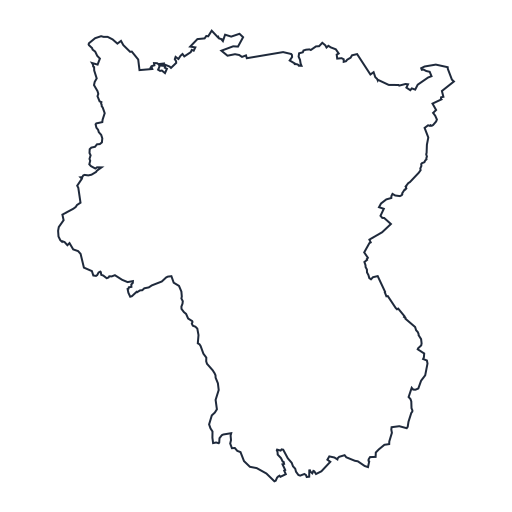 Athy Lea-5, Kildare, Ireland
{"feature_id": "5873133B78981384303410", "entity_name": "Athy Lea-5", "entity_type": "district", "adm_level": 2, "iso_a3": "IRL", "parent_name": "Ireland", "parent_adm1": "Kildare", "projection": "mercator", "projection_center": [-6.893, 52.99], "detail": "fine", "context": "isolated", "style": "outline", "palette": "slate", "viewbox_px": 512, "rotation_deg": 0, "n_neighbors": 0, "source": "geoboundaries", "source_scale": "gbopen_adm2", "svg_char_len": 5889}
<svg xmlns="http://www.w3.org/2000/svg" viewBox="0 0 512 512"><path d="M213.1,443.1L216.1,442.5L218.7,443.2L219.2,442.6L219.5,438.2L221.8,435.2L223.3,434.5L231.2,433.2L230.6,435.6L231.0,440.1L230.2,443.5L231.9,448.2L234.8,448.0L237.3,450.9L240.5,452.1L244.0,461.1L249.9,466.8L256.7,468.1L266.4,473.5L274.4,481.3L275.7,480.7L277.1,477.6L278.2,476.5L279.5,475.7L280.4,476.8L285.8,474.2L284.2,470.6L285.2,470.0L282.5,464.3L284.1,463.9L283.6,461.9L282.7,461.6L281.0,458.1L277.7,454.6L277.5,451.8L276.8,450.3L277.1,449.6L280.6,450.6L281.6,449.4L283.2,449.7L287.8,458.3L291.7,462.8L293.0,466.3L295.2,468.7L296.0,471.7L298.4,475.0L300.2,475.6L304.4,474.0L306.0,475.1L306.7,477.0L309.2,476.7L309.3,470.4L309.9,470.3L310.4,471.6L312.3,473.3L313.4,470.9L314.3,471.3L316.0,474.0L321.4,471.3L330.3,461.8L327.4,459.7L329.3,456.4L334.4,457.5L337.4,459.4L337.7,458.2L339.2,456.8L344.6,455.2L346.3,457.3L354.9,460.8L357.8,461.3L364.7,466.0L368.0,467.1L369.2,461.4L368.5,460.8L368.6,459.4L370.0,457.1L375.6,456.9L375.8,452.5L378.8,449.4L384.4,444.8L389.2,444.1L389.3,441.4L391.9,432.8L391.3,429.5L391.6,427.2L399.3,426.2L406.7,428.2L407.7,426.8L408.5,421.7L411.3,412.9L412.3,411.6L412.4,410.4L411.5,408.2L411.3,401.5L410.5,399.1L408.6,397.0L408.8,396.5L411.7,387.8L413.2,389.6L415.5,389.7L418.3,388.5L421.1,380.7L425.2,375.3L427.5,363.5L426.9,360.5L423.1,359.0L423.9,357.3L424.2,353.5L417.7,349.3L418.1,348.3L421.2,345.4L421.6,343.4L421.1,339.1L418.6,335.2L418.6,334.1L417.8,332.1L416.1,330.2L415.1,327.0L405.5,318.8L405.6,318.1L404.1,317.0L404.6,316.4L398.2,308.6L397.0,309.3L395.7,308.0L387.8,296.1L386.4,296.3L384.8,292.3L385.1,291.9L377.7,276.1L373.0,277.2L371.0,279.3L369.3,278.1L368.4,275.0L367.0,272.4L366.9,269.5L365.6,267.1L365.5,265.2L364.4,262.0L367.1,259.9L366.8,259.1L367.9,257.8L364.2,252.4L369.4,243.1L370.7,242.4L369.4,239.6L382.2,232.2L390.9,224.0L384.2,218.0L382.3,217.9L380.5,215.8L383.8,208.8L379.0,207.2L381.0,203.5L386.3,199.4L391.3,198.0L391.4,196.1L392.5,193.9L395.2,195.5L399.9,196.1L401.7,195.2L402.3,194.3L402.2,193.3L404.6,189.6L405.2,189.7L406.3,188.4L405.9,187.8L406.2,186.5L405.8,186.3L408.3,183.1L409.9,182.1L418.7,172.8L420.6,170.2L420.3,168.5L421.4,165.9L421.2,164.1L421.9,163.2L424.4,162.2L425.2,160.5L426.5,159.3L426.3,158.2L426.9,156.6L426.2,154.2L426.6,152.9L426.9,144.7L428.3,137.5L424.6,127.9L428.1,125.3L430.0,125.9L430.5,125.2L431.7,125.8L433.1,125.0L436.1,121.5L436.9,119.5L435.2,115.7L433.1,112.9L436.1,110.0L432.5,103.6L441.4,99.4L440.9,98.8L441.1,97.3L443.4,96.8L441.9,91.0L453.9,81.5L451.9,79.6L447.8,68.8L447.7,67.2L435.8,64.6L424.6,66.5L421.2,68.2L421.8,69.8L423.6,69.6L426.2,71.0L429.7,71.8L431.5,76.2L428.1,77.5L417.7,84.7L415.2,89.6L411.8,88.4L410.3,90.2L406.4,87.6L408.0,84.3L405.5,84.0L399.2,85.6L398.6,85.0L388.7,84.9L377.9,79.8L377.7,80.3L377.1,78.9L375.3,77.2L373.6,72.2L370.4,74.5L357.1,54.1L352.0,55.3L350.6,57.7L347.2,59.7L346.0,61.2L343.7,61.8L343.7,59.3L341.6,58.2L337.2,58.6L336.7,54.6L338.7,53.5L335.8,49.3L330.8,47.4L328.4,45.8L326.5,47.5L325.3,45.3L322.3,42.8L319.1,46.2L316.0,46.4L310.8,50.0L309.4,49.4L306.0,49.7L303.5,50.5L302.8,52.3L299.1,53.3L298.6,56.6L300.0,59.8L300.6,63.5L301.5,65.8L298.8,65.7L298.6,65.0L296.8,64.2L294.8,64.1L294.8,63.5L289.7,60.5L292.1,57.0L291.9,54.9L291.2,54.0L283.1,52.1L246.8,58.2L246.0,55.4L242.0,56.9L239.2,55.0L235.0,54.2L227.5,55.7L221.4,50.7L233.2,46.3L238.0,46.6L243.1,37.2L239.5,33.8L231.2,36.6L225.1,34.7L222.9,41.1L221.7,39.7L222.0,39.3L219.0,38.4L218.2,36.8L217.8,37.2L211.7,30.7L208.2,36.3L206.3,36.0L204.6,38.4L197.4,39.1L190.2,46.6L195.3,47.4L193.7,50.7L191.8,49.9L190.7,52.2L184.3,56.4L182.5,54.0L180.6,55.7L178.4,59.0L175.6,56.9L174.8,59.2L176.1,61.2L176.2,62.9L171.0,67.9L169.7,66.6L165.5,64.9L164.8,67.7L166.9,68.8L165.0,73.1L161.8,70.5L160.1,70.9L158.1,69.7L159.4,66.8L159.2,65.4L163.3,65.8L163.8,63.5L158.4,64.1L157.0,63.2L154.0,63.1L154.4,65.3L151.5,66.2L150.8,67.4L151.8,67.6L152.3,69.0L139.5,70.1L138.2,59.5L131.8,51.6L130.1,51.8L123.3,45.1L121.0,40.9L117.4,43.6L112.6,39.4L107.7,36.9L103.7,36.9L101.1,36.2L95.1,38.2L89.0,43.2L88.6,44.3L88.9,45.1L92.1,48.1L92.6,49.6L95.2,51.6L97.2,55.8L99.9,58.6L97.6,64.6L92.0,63.0L93.0,64.6L93.2,66.5L94.1,67.1L94.2,70.5L96.7,78.4L94.7,81.9L94.0,85.1L97.5,91.1L98.3,93.9L97.5,96.2L99.6,101.4L101.4,102.1L101.1,103.6L101.7,104.9L101.7,106.2L102.7,107.5L104.7,113.2L102.6,119.7L102.3,122.1L96.3,123.4L95.6,124.3L96.4,127.7L98.1,129.8L98.8,132.2L101.2,134.9L102.3,138.4L101.9,142.4L99.8,144.1L97.0,144.3L95.0,146.8L91.3,147.6L89.7,149.2L89.5,153.0L90.6,155.3L89.5,158.9L90.2,160.8L89.3,164.3L90.9,166.1L95.3,168.5L97.1,167.3L101.5,167.4L97.0,170.6L96.0,172.0L91.5,174.7L88.3,175.4L84.5,174.9L83.2,175.5L82.3,177.1L80.5,177.3L81.9,178.7L77.2,185.7L78.3,187.8L80.5,202.7L77.0,205.0L75.7,207.0L73.4,208.7L62.4,214.6L63.6,220.2L58.8,227.0L58.1,230.8L58.5,236.5L60.3,240.2L62.1,241.8L62.5,241.3L64.6,242.1L67.4,245.2L69.5,243.1L73.2,249.4L78.1,251.1L80.6,253.9L83.9,267.6L91.9,271.1L93.3,275.5L96.0,275.9L97.2,275.1L98.6,272.5L100.3,271.6L100.8,272.1L101.3,274.9L103.2,275.5L106.7,278.2L108.5,277.5L109.3,276.3L111.7,276.4L114.9,275.2L122.1,279.8L127.6,282.1L132.9,281.1L132.8,282.9L131.3,284.5L131.4,286.9L128.8,287.3L128.5,288.7L127.6,289.0L128.4,292.8L130.2,296.7L131.9,296.2L136.6,291.8L137.1,292.2L140.0,290.4L142.3,290.2L144.3,288.3L148.8,287.4L151.8,285.4L161.8,281.5L166.2,277.4L167.9,276.6L171.4,276.2L173.7,282.7L179.0,285.9L181.4,291.6L181.8,296.5L181.4,298.5L182.8,301.2L182.5,303.7L181.4,306.6L181.5,308.9L183.9,312.1L186.1,313.9L188.1,318.5L192.2,321.1L192.5,322.0L191.8,323.6L192.8,325.7L195.4,326.7L197.3,328.6L198.5,335.1L197.8,343.3L199.5,344.3L200.6,346.0L203.4,353.7L206.3,357.6L206.2,361.3L207.0,363.8L212.7,370.3L214.6,373.3L215.5,375.3L215.6,377.7L217.9,383.3L218.7,390.0L215.6,399.9L216.9,409.3L214.8,412.6L211.8,415.4L209.1,424.4L210.5,428.4L212.5,431.5L212.4,437.7L213.1,443.1Z" fill="none" stroke="#1e293b" stroke-width="2"/></svg>